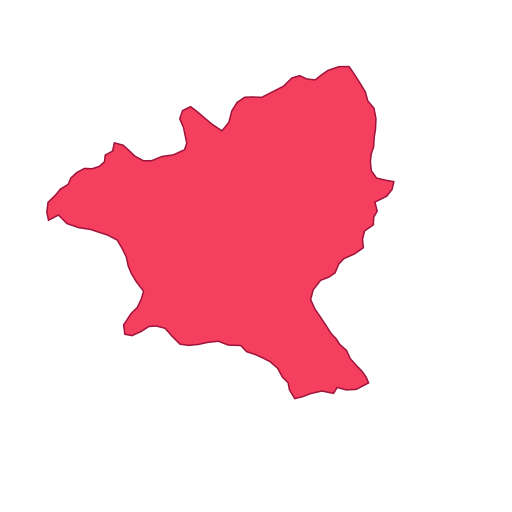 Arroio do Padre, Rio Grande do Sul, Brazil (Mercator projection), rotated 244°
{"feature_id": "56859067B75145798088973", "entity_name": "Arroio do Padre", "entity_type": "district", "adm_level": 2, "iso_a3": "BRA", "parent_name": "Brazil", "parent_adm1": "Rio Grande do Sul", "projection": "mercator", "projection_center": [-52.399, -31.438], "detail": "fine", "context": "isolated", "style": "filled", "palette": "rose", "viewbox_px": 512, "rotation_deg": 244, "n_neighbors": 0, "source": "geoboundaries", "source_scale": "gbopen_adm2", "svg_char_len": 1854}
<svg xmlns="http://www.w3.org/2000/svg" viewBox="0 0 512 512"><g transform="rotate(244 256 256)"><path d="M262.4,412.5L266.9,406.3L273.2,398.5L282.1,397.0L290.5,400.1L297.1,404.2L302.7,409.7L310.6,414.1L317.6,419.0L326.8,424.0L337.0,426.8L346.4,424.5L355.7,426.2L364.5,425.4L375.2,424.2L385.4,422.7L389.8,413.6L391.3,402.0L390.0,393.8L388.3,386.5L392.7,379.4L398.9,374.4L400.3,366.3L396.6,355.4L396.3,342.5L396.1,330.6L400.3,322.9L403.6,315.5L402.3,306.3L397.2,298.1L388.1,290.2L383.4,280.3L394.0,274.1L403.9,269.7L411.3,266.5L418.9,262.7L418.9,253.8L412.8,247.6L403.3,247.2L394.3,244.9L387.7,243.2L382.8,238.3L383.2,225.9L386.7,215.0L387.4,204.1L390.8,196.7L398.7,191.0L407.3,187.8L413.9,185.1L419.8,178.3L413.2,173.1L412.8,164.7L407.2,161.2L405.2,154.3L406.3,146.9L409.9,140.2L409.6,131.6L407.3,123.9L402.7,118.5L401.9,109.6L398.7,102.6L395.4,92.6L387.1,87.2L379.1,85.2L379.4,96.4L368.0,100.3L359.2,109.1L352.4,118.9L346.3,125.1L340.1,131.6L331.1,138.3L320.9,139.0L311.9,139.0L302.7,136.7L294.5,136.3L284.8,137.2L273.6,139.5L267.3,133.7L261.7,126.6L259.0,118.5L252.1,106.8L243.2,103.8L238.8,109.6L238.5,119.4L239.6,128.6L236.9,135.5L230.9,142.6L220.6,145.4L210.0,149.1L205.1,156.5L201.8,165.4L199.5,174.8L195.9,184.8L188.2,191.9L182.2,203.1L174.1,205.6L167.6,212.3L161.0,217.7L154.7,222.4L145.4,226.3L135.9,226.6L127.9,229.3L121.1,227.4L110.8,228.3L109.1,236.4L108.4,244.9L105.7,256.1L98.5,265.5L102.3,271.4L96.2,278.2L92.2,287.5L92.6,301.6L98.9,301.9L106.1,300.7L113.1,298.4L122.4,295.7L131.4,296.0L139.9,292.5L146.2,291.8L153.4,289.5L161.0,288.7L172.3,287.2L182.6,285.7L192.9,286.0L200.5,292.5L205.8,303.4L205.1,312.3L206.2,319.7L212.4,326.7L215.1,333.8L214.7,345.7L216.4,356.1L224.2,359.0L230.9,364.5L232.6,375.2L239.2,378.7L243.2,384.6L252.3,386.5L252.5,399.7L256.1,407.4L262.4,412.5Z" fill="#f43f5e" stroke="#9f1239" stroke-width="1.5"/></g></svg>